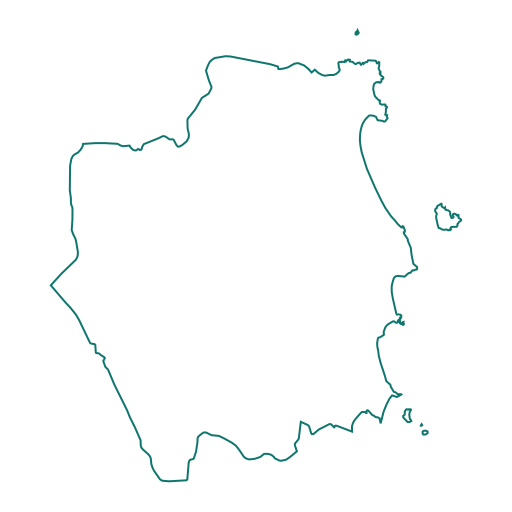 outline of Tuy An, Phú Yên, Vietnam
{"feature_id": "81297802B47177978604160", "entity_name": "Tuy An", "entity_type": "district", "adm_level": 2, "iso_a3": "VNM", "parent_name": "Vietnam", "parent_adm1": "Phú Yên", "projection": "robinson", "projection_center": [109.271, 13.262], "detail": "fine", "context": "isolated", "style": "outline", "palette": "teal", "viewbox_px": 512, "rotation_deg": 0, "n_neighbors": 0, "source": "geoboundaries", "source_scale": "gbopen_adm2", "svg_char_len": 5987}
<svg xmlns="http://www.w3.org/2000/svg" viewBox="0 0 512 512"><path d="M50.8,285.3L66.0,303.1L70.4,307.7L75.9,314.6L79.0,319.8L90.0,342.8L90.9,343.5L94.7,344.2L95.3,344.9L95.8,352.6L96.2,353.1L98.7,353.3L101.5,355.5L104.1,357.1L104.8,358.0L104.2,359.5L103.4,360.5L103.4,361.5L105.4,366.9L108.1,369.7L114.4,384.7L127.0,410.1L129.9,417.3L134.8,427.1L140.6,440.3L140.7,445.0L141.3,447.5L142.6,449.2L148.4,454.4L150.2,456.8L150.8,458.6L151.3,463.9L152.4,467.4L154.1,470.9L160.0,479.3L162.1,480.7L169.0,481.3L186.3,480.3L187.3,479.5L188.7,462.5L189.4,460.6L190.2,459.8L193.2,459.0L193.8,458.4L196.0,451.8L197.5,441.8L197.5,438.7L198.2,436.8L200.1,435.0L203.3,432.6L205.9,432.4L211.6,435.2L218.9,435.9L224.1,438.4L232.0,442.8L235.9,445.7L239.0,449.6L243.6,456.4L244.9,457.7L246.5,458.6L249.0,459.4L254.4,458.9L260.2,457.0L264.1,453.9L267.9,453.9L269.9,454.3L271.8,455.2L274.0,457.0L274.7,458.3L279.3,460.5L281.0,460.8L286.1,459.7L289.8,457.2L296.9,451.3L294.9,445.4L294.9,443.7L298.1,439.8L298.8,438.5L300.8,421.8L307.9,425.1L309.1,426.4L311.1,433.0L311.8,434.1L313.5,434.0L318.8,429.5L329.4,424.1L331.2,424.3L334.1,427.4L334.5,427.1L334.8,426.0L335.6,425.6L337.1,425.9L352.0,431.6L352.0,426.3L352.7,423.8L353.8,421.4L355.6,418.9L360.7,413.1L362.1,411.9L365.0,412.1L366.0,413.0L366.5,413.0L366.6,410.9L367.1,410.3L367.8,410.3L369.0,411.3L372.3,415.1L374.0,415.7L375.1,416.8L376.1,417.2L377.7,417.3L379.6,418.4L380.6,423.4L383.6,411.7L386.5,404.5L389.6,398.5L392.1,395.4L397.0,397.0L401.4,394.5L401.1,394.2L397.7,394.2L395.7,392.4L393.8,391.8L390.9,387.0L390.3,384.7L386.3,381.1L384.8,375.6L380.5,362.6L378.8,355.7L378.0,349.3L377.5,348.1L377.1,343.4L377.8,338.9L378.3,337.7L380.3,337.2L383.9,334.8L383.7,331.8L385.3,327.4L386.7,325.5L388.5,324.0L392.9,321.4L393.9,321.3L396.1,322.7L396.8,322.8L399.2,321.8L400.0,322.4L400.0,323.2L400.6,323.8L402.1,324.2L403.1,325.0L403.8,324.5L403.8,323.5L403.2,322.6L403.4,321.9L402.9,322.0L402.3,323.2L401.7,323.2L400.6,322.8L400.0,321.4L398.0,321.6L397.8,321.0L398.7,319.7L400.2,319.6L400.0,317.6L400.4,317.3L401.2,317.5L401.3,315.5L400.1,314.6L398.3,314.4L396.9,314.6L396.3,313.5L392.8,298.4L391.7,291.6L391.7,286.2L392.7,281.8L393.9,278.0L395.5,276.4L397.8,275.9L404.7,276.6L407.6,273.9L408.9,273.0L410.6,272.7L412.3,270.5L412.9,270.2L413.8,270.5L415.6,269.6L416.8,269.5L417.2,268.2L417.0,266.9L413.6,264.1L413.3,263.5L411.5,254.4L410.8,247.9L407.9,240.9L407.7,239.1L403.9,233.5L403.8,232.2L404.8,231.8L404.8,230.1L403.4,226.6L402.7,226.2L402.0,227.5L401.2,227.3L397.6,223.9L394.7,220.2L391.3,216.6L385.3,207.9L381.4,200.7L375.0,187.5L366.9,168.8L361.7,152.3L360.5,146.1L359.9,140.6L360.0,136.3L360.4,131.8L361.7,126.2L362.9,123.3L365.1,119.7L368.9,115.7L370.4,115.4L373.3,115.7L376.0,116.9L377.6,120.2L382.7,120.9L383.8,121.6L385.1,121.4L387.6,118.2L386.7,116.5L387.1,115.1L385.3,114.7L385.9,112.0L385.9,108.8L387.0,107.5L386.8,106.8L385.5,106.3L385.6,105.2L385.2,104.5L381.7,104.6L380.1,103.8L379.7,102.7L379.7,101.7L380.1,101.0L379.9,100.4L378.7,100.2L375.1,96.5L374.4,94.6L373.2,89.2L373.6,85.6L374.3,83.7L376.4,82.2L377.4,82.1L378.0,82.5L379.0,81.9L379.9,82.7L380.5,82.6L381.4,81.4L381.5,79.2L382.5,79.1L383.3,78.5L383.2,77.2L380.8,75.4L379.8,73.9L379.7,73.0L380.1,72.3L380.5,72.6L380.5,71.7L379.5,70.6L378.6,68.4L379.2,66.1L379.3,62.3L378.7,62.0L377.1,63.4L376.8,63.3L376.1,61.2L375.5,60.7L368.1,60.3L367.0,62.1L365.6,62.1L363.6,63.8L363.2,62.9L362.8,62.8L361.1,64.8L360.4,64.1L359.6,62.6L357.4,63.0L356.2,64.0L354.8,63.8L352.4,61.8L349.7,61.5L349.4,60.7L349.8,59.8L348.5,59.5L347.3,59.8L346.1,61.4L345.2,60.5L344.5,62.1L342.2,61.6L341.7,62.1L340.5,61.9L338.7,62.3L338.3,63.6L338.8,65.8L338.7,67.1L339.7,69.6L339.7,70.3L338.8,71.7L336.4,73.8L333.6,75.0L329.7,75.0L325.0,75.7L322.4,75.1L318.3,72.9L314.8,69.7L311.6,72.5L308.5,69.0L304.2,65.5L298.4,63.2L296.4,63.3L294.2,63.8L287.8,67.4L283.4,68.6L279.7,69.1L278.3,68.9L277.9,66.5L270.2,64.2L230.6,56.5L225.6,56.2L214.8,58.0L211.7,60.0L209.9,61.7L208.0,65.3L206.0,70.7L208.9,80.4L211.2,86.1L211.5,87.3L211.2,88.7L208.6,93.6L201.9,97.9L195.1,109.7L187.7,118.8L187.4,120.6L187.6,128.4L188.8,133.7L188.9,135.9L188.4,138.1L186.8,141.2L182.3,145.0L179.1,146.7L177.9,146.6L176.5,145.2L173.8,140.0L172.9,139.3L169.4,139.3L165.9,136.8L164.4,136.2L162.7,136.2L158.4,138.3L143.9,144.1L142.4,146.4L141.5,149.4L141.0,149.8L139.8,150.0L138.9,149.2L138.1,149.0L136.3,150.3L135.3,150.5L133.0,149.8L130.7,147.6L129.5,145.6L123.2,146.2L120.8,145.6L117.5,143.8L104.3,143.1L95.5,143.1L83.1,143.9L82.6,146.4L80.7,149.6L78.1,152.5L74.7,154.4L73.0,155.8L71.4,158.8L70.1,165.6L69.8,190.2L70.9,198.2L70.9,202.2L71.2,204.6L72.3,207.3L72.5,209.4L72.4,220.1L71.7,230.1L73.0,233.8L75.6,239.2L76.3,242.4L77.9,252.1L77.8,254.6L77.2,257.3L75.9,259.7L61.5,273.6L50.8,285.3ZM444.5,208.3L442.1,206.8L441.6,206.0L441.6,203.9L441.3,203.7L437.6,205.9L437.0,206.7L436.7,208.2L435.6,208.7L435.1,210.1L435.2,211.2L436.8,213.7L436.1,216.5L436.3,218.6L437.9,225.7L438.8,228.1L440.2,228.3L442.3,229.6L444.5,229.8L446.2,229.4L448.1,230.3L448.8,230.3L449.9,229.3L450.3,230.0L450.9,229.6L450.7,228.1L451.0,227.3L451.7,226.9L456.7,226.8L457.5,225.4L457.4,224.2L459.5,221.6L460.9,220.7L461.2,220.1L460.9,219.3L458.6,217.9L458.5,215.0L457.8,214.8L457.0,215.5L455.5,214.0L453.9,213.7L453.2,214.1L452.7,215.0L453.6,217.0L453.2,217.6L451.5,218.0L450.2,214.5L450.2,212.3L449.7,211.5L448.3,210.4L445.6,209.8L445.1,207.5L444.5,208.3ZM410.9,409.5L409.9,409.2L408.9,409.7L408.3,409.3L407.5,409.6L406.7,409.2L405.8,409.8L404.8,411.6L404.7,414.7L403.0,416.1L403.6,417.9L407.6,422.0L409.3,422.1L411.3,421.1L411.0,420.2L409.8,418.8L409.3,414.6L409.6,412.4L410.8,410.3L410.9,409.5ZM425.4,434.5L427.4,433.4L427.7,432.5L427.5,431.4L425.5,430.6L423.4,430.9L422.6,431.8L422.7,433.9L423.4,434.6L425.4,434.5ZM358.7,32.7L357.7,30.7L357.5,31.7L357.1,31.0L356.0,32.5L355.8,31.5L355.5,34.3L356.7,34.7L357.3,34.1L357.3,33.4L357.8,33.9L358.5,33.4L358.7,32.7ZM421.4,425.8L422.2,425.1L421.6,424.2L420.8,425.6L421.4,425.8Z" fill="none" stroke="#0f766e" stroke-width="2"/></svg>